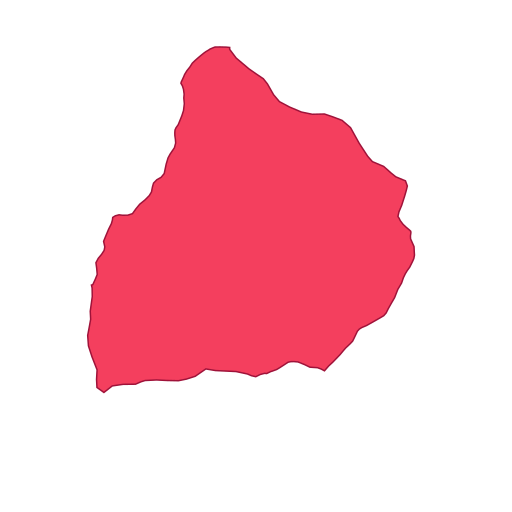 Tsenkhar, Lhuntshi, Bhutan (Robinson projection), rotated 22°
{"feature_id": "84629894B20725193756290", "entity_name": "Tsenkhar", "entity_type": "district", "adm_level": 2, "iso_a3": "BTN", "parent_name": "Bhutan", "parent_adm1": "Lhuntshi", "projection": "robinson", "projection_center": [91.225, 27.467], "detail": "fine", "context": "isolated", "style": "filled", "palette": "rose", "viewbox_px": 512, "rotation_deg": 22, "n_neighbors": 0, "source": "geoboundaries", "source_scale": "gbopen_adm2", "svg_char_len": 2404}
<svg xmlns="http://www.w3.org/2000/svg" viewBox="0 0 512 512"><g transform="rotate(22 256 256)"><path d="M114.3,344.6L116.0,347.0L119.4,355.0L123.0,369.3L126.4,376.6L127.8,383.3L129.7,392.7L134.3,402.1L141.7,410.9L151.3,421.1L154.4,430.2L157.8,437.5L166.1,439.5L171.4,430.3L180.8,424.8L192.3,420.0L196.4,415.8L199.8,413.0L210.2,408.2L220.0,404.8L230.8,400.7L237.6,396.2L244.7,390.3L251.8,379.5L261.3,377.4L280.8,370.6L292.3,368.6L296.6,368.7L301.0,368.0L304.4,364.2L307.9,361.6L309.9,361.0L313.1,357.5L313.8,357.0L317.7,353.5L319.8,350.7L322.9,346.3L325.5,342.5L327.9,340.9L330.7,339.7L334.6,338.5L341.9,338.5L347.6,338.9L351.0,337.8L354.9,336.5L358.9,336.4L360.5,336.6L362.5,336.8L364.6,330.7L367.0,325.6L370.9,315.9L372.3,311.5L373.5,307.9L376.3,301.8L377.5,298.7L377.7,296.0L378.2,287.7L379.2,285.0L380.9,282.7L384.6,279.0L394.3,266.8L396.8,263.5L398.0,260.1L398.4,255.0L399.2,249.0L400.1,242.7L400.1,241.6L400.0,233.8L401.1,226.6L400.8,220.9L401.1,216.4L401.7,212.8L402.7,208.8L403.2,202.6L403.3,199.3L402.6,195.8L401.3,193.1L400.1,190.5L399.0,188.1L395.5,184.7L392.9,182.2L391.7,179.6L390.9,176.4L390.2,175.1L388.2,174.3L384.2,173.0L380.4,171.5L376.4,169.1L374.7,167.5L372.8,166.2L372.0,161.5L372.1,154.5L371.4,144.9L370.8,139.1L370.1,134.4L366.4,130.3L363.4,130.3L355.9,130.2L350.0,128.4L340.8,125.1L328.6,124.9L322.2,121.7L309.4,112.8L295.6,101.6L285.0,98.0L275.2,98.2L266.3,98.7L255.1,103.5L244.2,105.5L231.3,105.3L219.9,104.1L211.9,99.9L202.2,92.2L196.4,88.9L187.5,87.0L179.3,85.1L163.5,79.9L154.2,74.3L153.5,72.5L150.4,73.4L144.5,75.6L139.7,77.6L138.3,78.9L135.8,81.4L134.9,82.8L133.1,85.1L131.8,87.1L129.8,90.7L128.2,93.7L126.3,97.5L124.7,101.1L123.9,105.5L122.5,110.2L121.8,114.4L121.8,116.8L121.6,121.0L121.5,122.8L121.7,124.0L124.0,125.8L126.3,128.6L128.7,132.8L129.9,136.6L132.5,141.7L134.3,148.3L134.7,153.7L134.7,157.7L134.7,163.3L133.8,167.0L133.7,169.5L134.6,172.3L135.7,174.8L137.6,178.1L139.2,181.4L139.8,186.2L138.2,193.6L137.7,198.0L138.3,204.5L140.0,213.9L138.6,218.5L135.5,222.4L133.7,226.8L134.1,230.7L135.1,235.8L134.4,240.0L132.0,245.7L128.8,251.5L127.0,257.2L125.6,263.0L121.8,266.2L117.0,268.2L113.6,269.1L110.5,271.4L108.7,273.9L109.4,276.5L109.8,280.2L109.3,286.4L109.2,294.7L109.2,299.5L112.4,304.2L113.1,307.7L112.2,312.3L110.6,317.3L110.1,322.2L112.9,327.1L115.7,332.6L115.7,337.7L115.4,343.7L114.3,344.6Z" fill="#f43f5e" stroke="#9f1239" stroke-width="1.5"/></g></svg>